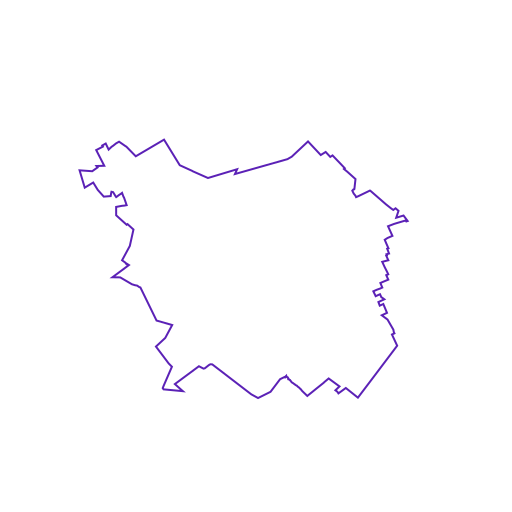 Ocampo, Tamaulipas, Mexico (Albers equal-area conic projection), rotated 329°
{"feature_id": "50627088B71121677277682", "entity_name": "Ocampo", "entity_type": "district", "adm_level": 2, "iso_a3": "MEX", "parent_name": "Mexico", "parent_adm1": "Tamaulipas", "projection": "albers", "projection_center": [-99.342, 22.844], "detail": "fine", "context": "isolated", "style": "outline", "palette": "violet", "viewbox_px": 512, "rotation_deg": 329, "n_neighbors": 0, "source": "geoboundaries", "source_scale": "gbopen_adm2", "svg_char_len": 3258}
<svg xmlns="http://www.w3.org/2000/svg" viewBox="0 0 512 512"><g transform="rotate(329 256 256)"><path d="M270.4,429.9L287.4,423.1L330.8,405.6L332.1,393.3L334.8,393.6L334.9,392.3L335.8,389.9L336.0,378.2L333.3,371.6L339.0,372.2L340.4,362.7L336.5,362.3L337.2,358.5L343.7,359.2L342.7,356.8L342.2,355.9L342.3,355.4L342.6,352.6L337.9,352.1L338.4,346.7L341.0,347.0L342.5,347.2L344.5,347.6L346.0,347.9L346.4,347.9L348.0,348.1L348.7,343.2L351.8,343.6L357.2,344.4L357.8,339.5L359.9,339.8L360.2,337.3L360.6,331.5L360.8,329.8L361.2,326.0L365.9,327.4L367.2,327.8L367.8,322.8L368.5,322.9L368.7,321.7L371.3,322.4L371.5,321.2L371.8,319.7L372.2,317.3L373.5,317.6L374.1,312.7L374.7,308.4L378.0,308.3L383.3,309.0L383.5,307.2L384.5,298.5L390.8,299.6L393.6,300.3L399.4,301.8L402.4,302.6L402.6,303.8L404.0,304.1L403.3,297.3L395.9,295.4L401.4,290.7L400.2,287.0L397.4,287.2L396.4,285.0L394.0,278.6L387.8,259.5L387.4,258.6L374.3,257.4L372.1,257.1L372.3,255.5L371.9,252.8L372.2,249.6L372.5,249.5L373.8,249.1L374.4,249.4L374.8,249.3L380.9,241.3L377.7,230.9L376.2,226.7L377.3,226.5L376.8,224.2L373.4,209.2L370.7,209.3L369.3,202.7L363.5,202.8L360.7,189.8L359.6,184.6L337.7,189.3L334.8,189.2L332.9,189.2L280.2,174.9L284.5,171.9L255.0,164.4L245.5,150.9L245.1,150.1L243.5,147.8L237.4,138.9L237.1,108.9L204.3,108.6L201.2,95.5L200.7,94.6L197.5,87.5L194.1,87.4L190.4,87.9L188.5,88.0L184.5,88.9L185.1,82.2L181.1,82.1L181.1,83.4L173.6,82.9L172.4,100.5L165.6,96.7L165.8,98.5L161.4,98.8L159.3,99.0L148.9,91.7L144.4,109.2L154.3,109.2L154.4,117.0L154.4,117.8L156.1,126.7L156.9,127.1L162.3,129.8L162.9,129.1L163.7,128.1L164.2,127.5L165.2,126.5L165.3,126.6L166.2,127.5L166.4,127.7L166.4,128.3L166.4,130.4L166.4,131.2L166.4,132.4L166.5,133.5L168.0,133.4L169.5,133.2L171.7,133.1L171.9,133.2L172.3,133.1L173.7,132.9L172.9,137.0L173.0,137.7L172.1,142.1L171.3,145.8L169.4,145.1L168.9,144.9L167.5,144.2L166.8,143.9L161.4,141.9L157.1,149.1L161.2,162.6L162.3,162.5L164.6,170.2L153.0,182.4L139.0,190.7L140.3,193.7L140.4,193.8L140.6,194.9L140.6,195.0L140.7,195.9L141.1,195.7L142.4,198.3L122.0,200.3L128.6,204.4L135.2,216.5L135.9,217.2L137.1,218.6L138.9,220.2L139.6,221.8L139.9,222.5L140.7,223.4L137.5,260.1L148.6,272.0L136.0,279.5L123.6,282.1L125.8,303.1L126.9,307.6L110.1,319.6L108.0,321.2L108.1,322.7L123.7,334.2L123.2,332.7L120.5,324.0L150.3,321.1L153.0,325.5L154.3,325.9L158.9,325.3L160.2,325.2L161.3,325.4L162.7,326.4L180.7,372.1L184.2,378.1L184.3,378.3L184.6,378.8L198.5,379.9L203.0,378.1L213.2,374.0L218.0,374.4L218.3,375.0L219.2,374.5L220.1,374.3L220.0,374.5L220.2,374.9L220.2,375.1L220.1,375.3L220.1,375.7L220.3,375.8L220.5,376.0L220.7,376.3L220.7,376.6L220.6,377.0L220.7,377.4L220.7,377.5L220.3,377.9L220.3,378.1L220.2,378.3L220.4,378.5L220.7,378.6L220.7,378.8L220.8,379.0L221.0,379.4L221.2,380.2L221.3,380.2L221.3,380.7L221.5,381.5L221.5,382.6L222.3,384.1L222.9,385.6L223.2,386.1L223.3,386.7L223.8,387.6L224.2,388.1L224.5,389.5L225.1,390.8L225.7,393.3L225.9,393.6L225.9,394.7L226.1,395.6L226.5,397.2L226.8,398.3L227.2,399.7L227.4,400.6L227.6,401.3L227.7,401.7L227.9,402.4L229.1,402.2L234.3,401.5L239.2,400.8L248.9,399.5L249.5,399.3L255.2,398.4L260.4,410.8L254.9,412.0L255.8,414.2L255.9,415.4L255.9,416.2L265.0,415.4L268.8,425.6L270.4,429.9Z" fill="none" stroke="#5b21b6" stroke-width="2"/></g></svg>